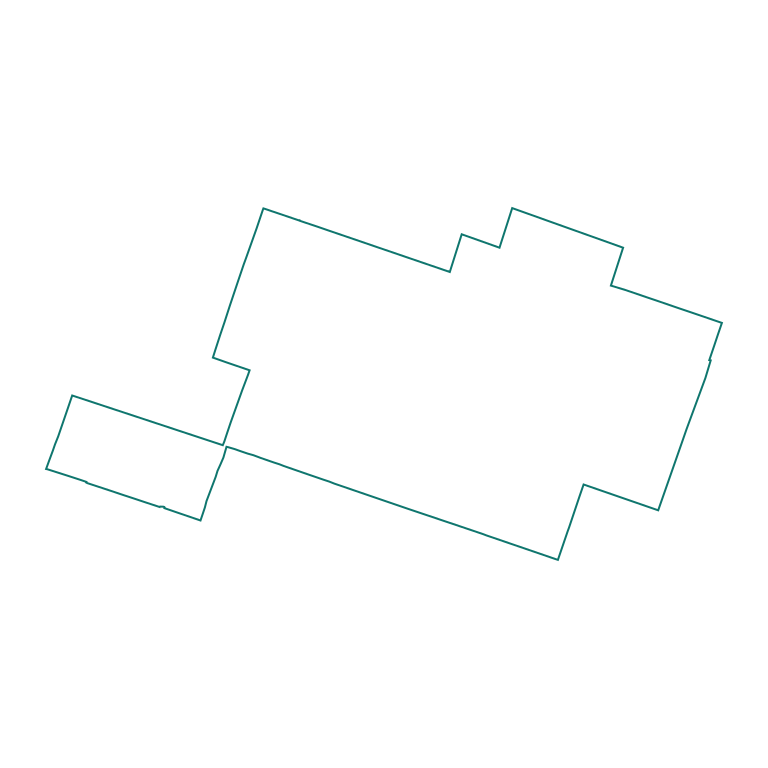 Urzica, Olt, Romania
{"feature_id": "2599482B65259464639789", "entity_name": "Urzica", "entity_type": "district", "adm_level": 2, "iso_a3": "ROU", "parent_name": "Romania", "parent_adm1": "Olt", "projection": "albers", "projection_center": [24.245, 43.86], "detail": "fine", "context": "isolated", "style": "outline", "palette": "teal", "viewbox_px": 768, "rotation_deg": 0, "n_neighbors": 0, "source": "geoboundaries", "source_scale": "gbopen_adm2", "svg_char_len": 1674}
<svg xmlns="http://www.w3.org/2000/svg" viewBox="0 0 768 768"><path d="M483.3,534.2L486.4,535.4L509.5,543.3L557.9,559.9L567.7,531.2L569.1,527.4L579.4,496.7L583.6,484.5L658.2,510.3L683.1,439.1L686.5,429.3L705.4,378.0L710.7,360.4L709.3,360.1L714.1,346.0L717.9,334.6L720.3,327.6L721.9,322.9L713.7,320.1L698.5,314.9L689.7,311.9L679.6,308.5L656.0,300.4L646.8,297.3L625.4,290.0L610.9,285.6L623.1,247.7L512.2,208.1L499.5,247.7L461.7,234.3L449.8,272.0L448.7,271.6L448.7,271.4L448.2,271.2L447.8,271.3L328.2,230.4L317.2,226.6L304.3,222.3L299.9,220.8L299.8,220.4L299.2,220.2L298.9,220.4L278.3,213.4L274.5,212.1L273.9,211.9L272.3,211.4L270.6,210.8L268.6,210.1L264.4,208.7L263.4,208.4L262.9,209.7L256.6,228.4L246.0,258.2L243.8,264.2L237.4,283.1L229.7,306.1L224.4,322.5L220.2,334.9L215.4,349.7L212.9,357.6L226.8,362.5L234.7,365.2L249.6,370.3L248.0,374.9L242.1,390.5L230.7,422.4L227.5,431.9L226.5,434.9L224.4,441.3L222.8,445.2L72.2,395.5L67.7,408.7L58.2,436.4L55.0,444.4L52.9,450.5L48.9,461.3L46.1,469.0L47.5,469.3L67.9,475.8L80.2,479.8L86.4,481.9L86.2,482.5L87.3,483.1L111.0,490.9L120.8,494.2L124.7,495.5L126.6,496.1L134.5,498.7L146.2,502.6L159.6,507.0L159.7,506.7L160.0,506.6L160.6,506.6L163.3,506.7L164.3,507.0L164.6,507.4L164.4,508.1L164.9,508.3L178.0,512.8L200.5,520.5L202.7,514.0L204.9,507.4L206.5,501.1L215.7,476.8L217.5,470.9L220.5,464.3L223.4,457.6L226.5,446.8L228.2,447.2L233.7,448.8L235.6,449.4L237.5,450.1L241.5,451.5L247.7,453.6L253.4,455.2L259.3,457.4L260.3,457.8L270.1,461.2L274.2,462.6L279.5,464.3L283.8,466.0L309.5,474.9L318.0,477.8L323.5,479.7L329.3,481.6L334.3,483.6L408.5,509.0L410.3,509.6L472.4,530.5L483.3,534.2Z" fill="none" stroke="#0f766e" stroke-width="2"/></svg>